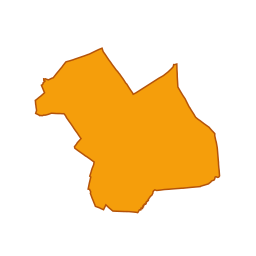 the district of Jaunlaicenes pag., Aluksne, Latvia, rotated 331°
{"feature_id": "27541924B93978153905592", "entity_name": "Jaunlaicenes pag.", "entity_type": "district", "adm_level": 2, "iso_a3": "LVA", "parent_name": "Latvia", "parent_adm1": "Aluksne", "projection": "orthographic", "projection_center": [26.875, 57.536], "detail": "fine", "context": "isolated", "style": "filled", "palette": "amber", "viewbox_px": 256, "rotation_deg": 331, "n_neighbors": 0, "source": "geoboundaries", "source_scale": "gbopen_adm2", "svg_char_len": 4881}
<svg xmlns="http://www.w3.org/2000/svg" viewBox="0 0 256 256"><g transform="rotate(331 128 128)"><path d="M78.4,44.5L78.1,44.2L77.4,45.7L78.1,46.7L76.4,47.2L75.6,47.4L75.2,48.1L74.1,48.6L73.0,48.6L72.1,56.7L68.1,57.6L67.2,57.8L65.2,58.1L63.1,58.5L61.6,58.8L60.3,58.9L59.8,60.2L59.7,60.3L59.6,60.6L59.2,61.5L58.8,62.3L58.4,63.6L57.7,65.2L57.5,65.8L56.9,67.5L56.5,68.4L55.0,69.8L54.3,70.5L55.3,71.9L56.1,73.0L56.5,73.8L56.9,74.5L57.0,74.5L57.2,74.4L57.3,74.5L57.5,74.6L57.8,74.8L58.0,75.0L58.3,75.1L58.6,75.4L58.9,75.6L59.5,75.8L60.0,75.8L60.2,75.7L60.4,75.8L60.7,76.0L61.1,76.2L61.5,76.5L61.8,76.6L63.1,77.0L65.3,77.5L68.1,77.9L69.4,78.7L71.1,79.8L72.3,80.6L75.7,82.5L77.5,83.7L78.9,84.4L79.3,86.6L79.3,87.6L79.4,88.1L79.2,88.7L79.3,89.7L79.7,93.6L79.9,95.1L80.2,97.8L80.4,100.2L80.5,102.1L80.8,105.1L81.0,106.5L81.1,107.2L81.2,108.2L81.3,109.8L81.4,111.0L81.6,112.9L81.7,113.7L81.8,114.5L81.2,114.7L76.8,116.2L76.5,116.3L75.2,117.1L72.1,118.4L71.7,120.0L73.6,124.1L75.5,128.0L76.4,129.9L76.8,130.9L77.4,132.1L78.0,133.0L79.9,137.0L80.8,139.0L81.9,141.4L81.4,141.9L80.3,143.3L78.9,144.5L77.5,145.6L77.0,146.0L76.3,146.7L75.3,147.6L74.9,148.1L74.7,148.3L72.7,150.2L71.2,151.6L71.7,152.8L70.7,153.9L67.5,157.4L64.6,160.8L63.5,162.1L64.6,163.0L64.4,165.8L63.4,166.9L63.1,168.8L62.6,172.0L62.3,174.7L62.1,176.2L62.0,177.0L61.7,179.5L61.5,180.7L64.6,184.3L64.9,184.9L67.0,187.6L67.7,187.1L71.4,184.5L72.1,186.8L72.4,187.7L72.7,188.6L73.7,191.2L74.0,192.1L74.3,192.7L74.5,193.3L77.7,195.3L77.9,195.4L84.0,199.1L88.5,201.7L91.0,203.4L94.3,205.7L95.4,206.7L96.4,206.3L97.9,205.3L98.3,205.1L98.5,205.3L99.3,205.8L99.4,205.6L99.7,205.5L99.6,205.2L100.0,205.0L100.5,205.2L100.9,205.2L101.2,205.3L101.2,205.2L101.1,204.9L101.5,205.1L101.8,205.1L101.8,204.8L101.8,204.5L102.2,204.3L102.5,204.4L102.7,204.5L102.9,204.5L102.8,204.1L103.1,204.0L103.4,203.9L103.5,203.9L103.4,203.4L103.6,203.3L104.0,203.3L104.1,203.1L104.3,203.1L104.6,203.2L105.0,202.8L105.2,202.7L105.2,202.8L105.2,203.1L105.3,203.1L105.7,203.0L105.9,203.0L106.0,203.0L106.4,202.8L106.6,202.8L106.7,203.1L107.1,203.0L107.3,202.8L107.6,202.3L107.6,202.0L107.7,201.8L107.9,201.7L108.2,201.7L108.6,201.3L108.8,201.4L108.9,201.6L109.0,201.6L109.1,201.4L109.3,201.4L109.4,201.5L109.5,201.5L109.6,201.4L109.8,201.3L110.0,201.3L110.0,201.2L110.4,201.0L110.7,201.1L110.8,201.0L111.0,200.9L111.1,200.6L110.9,200.4L111.0,200.3L111.5,200.1L111.9,199.9L112.5,199.6L113.0,199.4L113.8,199.0L114.7,198.5L115.7,198.5L116.3,198.3L116.9,197.9L117.9,197.2L118.2,197.0L118.9,196.0L119.2,195.8L120.0,195.3L120.5,195.3L120.7,195.2L120.8,195.2L121.0,195.2L121.3,195.2L121.5,195.1L122.7,196.5L126.5,198.1L129.9,199.4L133.9,201.3L137.9,203.1L142.5,205.2L142.9,205.4L144.9,206.3L145.6,206.6L146.9,207.3L154.6,210.6L162.9,214.3L163.6,214.2L168.1,215.2L171.4,215.9L171.5,215.9L171.9,215.7L172.0,215.7L172.7,215.6L173.5,215.5L174.2,215.4L175.0,215.0L175.4,214.9L176.5,215.0L177.5,215.2L178.2,215.2L178.6,214.9L179.3,214.5L180.0,213.5L180.4,213.2L181.1,213.2L181.7,213.6L181.9,214.1L182.2,214.5L182.6,214.7L183.5,214.9L184.3,214.6L184.6,214.3L184.8,214.3L184.9,214.2L185.9,212.0L187.1,209.4L188.2,206.7L189.7,203.4L189.9,203.0L190.5,201.9L191.5,199.6L193.3,195.6L196.2,189.2L196.6,188.2L196.7,187.9L197.5,185.6L197.8,184.7L198.1,183.9L198.5,182.5L198.8,181.0L199.1,180.2L200.1,176.9L200.5,176.2L200.9,175.5L201.2,174.9L200.6,172.8L200.6,172.3L200.3,171.7L200.1,170.7L199.7,168.9L199.6,168.5L199.4,167.5L199.4,167.0L198.7,165.5L196.3,160.5L196.2,160.1L195.7,159.1L194.7,156.7L194.2,155.7L193.6,154.5L193.1,153.3L192.6,152.0L192.4,151.6L192.3,150.7L192.3,149.9L192.3,148.5L192.2,146.6L192.1,145.4L191.9,142.1L191.9,140.4L191.7,139.1L191.9,134.2L192.1,130.1L191.7,125.4L191.7,124.6L191.6,122.0L191.6,121.9L191.5,116.3L195.0,109.0L196.2,106.5L197.3,104.5L199.3,100.3L199.9,99.2L201.1,96.9L201.7,95.7L200.9,95.5L199.9,95.3L199.3,95.1L198.7,94.7L197.2,96.4L196.5,96.6L194.7,97.2L192.8,97.7L190.2,98.4L184.7,99.3L183.3,99.4L182.7,99.4L182.4,99.4L179.2,99.4L174.4,99.7L172.9,99.8L168.2,100.1L158.4,100.7L155.3,100.9L153.6,101.0L153.2,101.0L151.9,101.1L148.9,101.0L149.0,99.8L148.9,98.7L148.7,97.0L148.6,96.0L148.4,93.3L148.2,89.1L148.2,88.9L147.8,87.9L147.5,82.8L147.4,82.0L147.2,80.4L147.0,78.6L146.9,78.1L146.9,77.2L146.6,75.8L146.3,73.5L145.8,71.6L145.7,70.8L145.3,67.6L144.9,65.0L144.7,62.5L144.4,60.3L144.3,59.7L144.0,56.4L143.9,55.2L143.8,53.8L143.7,52.6L143.6,51.7L143.5,50.9L143.3,49.1L144.0,45.6L140.6,45.2L137.8,45.0L133.9,44.8L129.9,44.6L128.5,44.3L125.0,43.8L121.8,43.2L121.1,43.1L115.0,42.0L113.0,41.7L109.2,40.9L107.7,40.5L107.2,40.4L106.5,40.2L105.6,40.1L102.8,41.3L102.5,41.4L101.6,41.8L100.1,42.5L99.5,42.8L97.8,43.4L95.1,44.5L94.0,44.9L91.7,45.8L90.1,46.5L87.7,47.5L87.2,47.8L86.3,47.7L85.3,47.5L82.8,47.4L81.5,47.2L80.9,46.4L80.1,45.6L79.8,45.1L79.7,45.0L79.6,44.9L79.2,44.8L78.4,44.5Z" fill="#f59e0b" stroke="#b45309" stroke-width="1.5"/></g></svg>